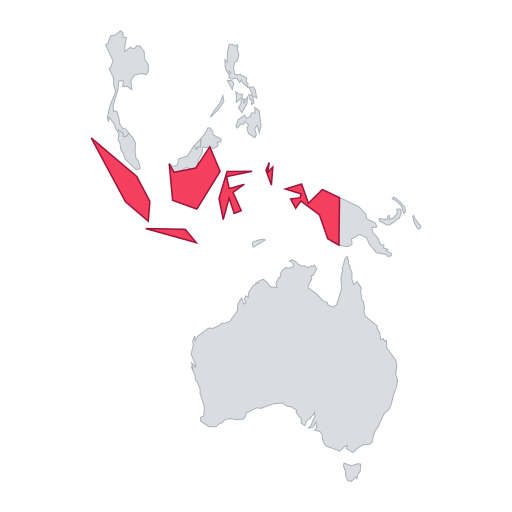 Indonesia shown with its bordering countries
{"feature_id": "IDN", "entity_name": "Indonesia", "entity_type": "country or territory", "adm_level": 0, "iso_a3": "IDN", "parent_name": "Asia", "parent_adm1": "", "projection": "equal_earth", "projection_center": [119.503, -2.501], "detail": "coarse", "context": "with_neighbors", "style": "filled", "palette": "rose", "viewbox_px": 512, "rotation_deg": 0, "n_neighbors": 7, "source": "natural_earth", "source_scale": "50m", "svg_char_len": 6665}
<svg xmlns="http://www.w3.org/2000/svg" viewBox="0 0 512 512"><path d="M339.7,197.6L359.1,206.9L365.8,214.3L366.5,218.6L375.5,223.1L376.7,227.0L371.7,227.8L372.8,232.6L377.5,237.4L380.8,245.1L383.9,244.9L383.6,248.1L387.8,249.3L386.1,250.7L391.7,253.8L391.0,255.9L387.5,256.4L386.2,254.5L376.2,252.6L369.2,243.9L366.5,237.6L359.5,234.4L351.5,238.9L352.1,244.2L347.8,246.7L339.2,245.2L339.7,197.6ZM400.7,202.3L404.9,207.7L405.5,211.5L403.7,213.5L401.6,206.3L396.1,200.8L392.2,198.7L393.7,196.9L400.7,202.3ZM395.3,221.3L389.5,224.8L386.6,224.8L379.2,220.6L379.6,218.4L384.5,219.5L387.5,218.9L388.3,215.4L389.1,215.2L389.6,219.1L392.7,218.5L397.3,213.4L396.8,209.1L400.1,209.0L401.1,210.2L401.0,214.2L399.1,218.7L396.2,219.3L395.3,221.3ZM414.2,217.7L420.8,226.4L420.0,228.5L418.4,229.2L416.2,226.4L413.9,221.8L412.8,216.2L413.6,215.5L414.2,217.7Z" fill="#d9dde1" stroke="#a8b0b8" stroke-width="1"/><path d="M252.4,243.6L253.1,241.9L257.7,240.2L263.2,239.1L265.2,240.0L253.1,247.2L252.4,243.6Z" fill="#d9dde1" stroke="#a8b0b8" stroke-width="1"/><path d="M146.4,74.6L141.4,73.6L134.4,75.0L130.8,81.0L131.9,89.7L127.2,86.4L122.6,86.5L123.5,80.8L118.8,80.9L118.1,88.8L113.1,105.8L113.3,111.1L116.8,111.3L118.9,117.9L119.8,124.3L122.7,128.4L126.0,129.3L128.8,133.1L127.0,136.1L123.4,136.9L123.0,133.2L118.6,130.0L117.6,131.3L115.5,128.5L114.7,124.9L109.3,117.3L108.3,121.6L107.4,117.5L109.8,106.0L115.7,91.8L113.8,85.2L113.5,77.8L109.0,68.5L110.8,67.2L113.0,60.9L105.6,44.7L107.9,43.4L110.6,35.7L114.4,35.4L120.7,30.7L122.9,32.9L123.0,37.2L126.5,37.5L125.0,45.0L124.8,51.4L130.6,47.1L132.1,48.4L135.3,48.2L136.4,45.7L140.4,46.2L144.3,52.0L144.4,59.0L148.6,65.3L148.2,71.4L146.4,74.6Z" fill="#d9dde1" stroke="#a8b0b8" stroke-width="1"/><path d="M358.0,463.7L360.8,464.2L360.1,471.6L358.1,473.7L356.9,478.7L355.5,477.0L351.6,481.3L347.8,480.8L345.6,475.5L345.5,471.4L343.5,466.0L344.0,463.1L351.4,465.8L358.0,463.7ZM256.3,407.9L246.5,412.8L245.5,416.3L243.6,419.0L236.2,419.8L231.9,418.6L224.8,419.6L221.9,423.1L220.4,422.8L215.6,426.8L208.6,426.5L200.6,421.1L200.6,417.3L203.1,416.4L203.9,414.8L204.3,407.8L203.6,403.8L200.0,393.2L200.1,389.3L197.9,382.9L195.6,380.1L194.8,374.8L191.0,366.3L193.3,369.3L191.5,362.9L194.1,364.9L195.7,367.6L195.5,364.1L191.1,354.3L193.3,345.1L192.7,341.0L194.8,335.9L195.2,341.3L197.4,336.4L208.2,328.5L210.6,327.9L212.0,328.8L219.4,325.4L221.6,323.2L224.5,323.3L230.0,321.3L237.4,310.7L237.8,304.0L241.6,297.9L243.8,304.1L246.1,302.6L244.2,299.2L245.9,295.8L248.2,297.3L248.9,291.9L253.2,285.5L255.9,284.3L256.0,282.3L258.3,283.1L258.5,281.3L263.4,279.3L267.3,282.6L270.3,286.8L277.0,287.6L275.9,283.6L278.6,277.8L281.0,276.0L280.2,274.1L282.6,270.0L285.9,267.5L288.7,268.3L293.2,267.0L293.2,263.3L289.3,260.9L292.1,259.8L295.7,261.6L298.5,264.6L303.0,266.4L304.5,265.7L307.8,267.9L311.0,265.9L313.0,266.5L314.3,265.1L316.7,268.7L313.1,275.5L311.2,275.7L311.8,278.6L308.1,285.7L308.4,287.8L316.6,294.0L323.0,300.8L327.2,302.6L327.9,304.8L332.9,307.2L336.5,304.8L338.9,297.8L341.6,288.1L340.9,278.4L341.8,273.0L342.9,271.5L342.1,269.1L344.9,259.2L347.0,256.5L348.4,260.0L348.6,264.6L349.9,265.5L350.1,268.5L351.9,272.2L351.9,278.9L353.6,284.5L357.1,281.8L361.2,287.7L360.6,290.9L361.4,297.0L362.1,300.6L363.4,301.5L364.5,307.6L363.8,311.3L365.2,316.1L377.6,326.3L376.8,328.0L379.5,332.4L381.0,340.0L383.2,338.5L385.1,341.5L386.5,340.5L386.8,347.9L395.9,360.5L396.8,366.0L395.7,374.2L397.6,380.1L396.6,386.1L393.3,395.3L391.4,404.0L388.4,410.1L384.3,413.4L377.6,427.5L375.2,430.8L373.4,435.6L372.1,442.2L369.0,444.4L363.5,444.6L358.7,447.3L352.9,452.5L346.3,448.6L347.5,445.2L344.7,446.4L339.9,451.1L326.0,446.0L323.2,442.0L321.8,433.8L319.6,431.2L314.9,430.4L316.8,427.2L316.0,422.3L313.2,426.9L308.7,428.1L311.6,424.4L312.6,420.6L314.7,417.4L314.7,412.5L310.2,418.1L307.0,420.4L304.7,425.6L301.0,422.9L301.4,419.4L296.0,412.1L297.1,410.6L290.8,406.5L287.3,406.3L282.6,403.1L273.5,403.7L261.1,408.3L256.3,407.9Z" fill="#d9dde1" stroke="#a8b0b8" stroke-width="1"/><path d="M232.3,89.6L227.3,80.4L231.9,80.7L233.8,83.3L232.3,89.6ZM238.4,107.6L240.9,103.6L241.4,99.1L244.4,98.7L243.6,103.6L247.5,96.6L247.0,103.5L241.8,112.7L238.4,107.6ZM259.2,110.7L261.0,126.0L259.2,132.7L257.2,125.2L254.6,128.9L256.4,134.3L254.9,137.7L248.5,133.5L246.9,128.2L248.6,124.8L245.1,121.3L243.4,124.3L240.9,124.1L236.9,128.1L236.0,126.0L238.1,119.8L244.4,115.1L246.4,118.3L250.5,116.4L251.3,113.1L255.1,112.9L254.8,107.3L259.2,110.7ZM217.5,110.5L210.3,117.4L213.0,112.3L220.1,102.8L222.9,95.6L223.9,101.5L217.5,110.5ZM237.9,46.3L237.1,49.3L238.9,54.4L237.5,60.3L234.4,62.7L233.6,68.5L234.8,74.2L237.6,75.0L240.0,74.2L246.7,78.2L246.2,82.1L248.0,83.8L247.5,87.2L243.3,83.6L241.3,79.8L239.9,82.5L236.5,78.1L231.6,79.2L228.9,77.6L229.2,74.6L230.9,72.8L229.3,71.1L228.6,73.7L225.9,69.6L225.1,66.5L224.9,59.6L227.1,62.0L227.6,50.8L229.3,44.3L232.5,44.3L235.8,46.3L237.4,44.5L237.9,46.3ZM236.5,95.3L235.7,91.8L238.9,94.1L242.4,94.1L242.3,97.1L236.4,102.3L236.5,95.3ZM255.2,89.9L256.7,98.0L252.6,96.0L254.0,102.9L251.5,104.6L251.2,99.5L249.6,99.1L248.7,94.7L251.9,95.3L251.8,92.5L248.5,87.0L253.6,87.2L255.2,89.9Z" fill="#d9dde1" stroke="#a8b0b8" stroke-width="1"/><path d="M117.6,131.3L118.6,130.0L123.0,133.2L123.4,136.9L127.0,136.1L128.8,133.1L133.2,138.2L135.4,143.1L135.1,151.3L136.0,158.2L137.9,160.2L140.0,166.6L139.9,169.1L136.0,169.6L124.5,158.4L123.9,154.6L120.8,149.8L120.1,143.7L118.1,139.7L118.8,134.4L117.6,131.3ZM214.1,148.3L203.1,147.1L201.2,155.4L199.1,157.9L196.4,168.1L191.9,169.7L186.8,167.6L184.2,168.3L181.0,172.0L177.5,171.4L174.0,172.9L170.3,168.8L169.4,163.9L173.4,166.4L177.6,165.0L178.7,158.8L187.5,155.9L194.1,145.5L196.6,149.3L197.7,146.8L200.3,147.0L200.9,138.7L205.1,133.6L207.8,127.9L210.0,127.9L212.8,131.6L213.1,134.8L221.1,139.0L220.8,141.9L217.1,142.2L218.1,145.8L214.1,148.3Z" fill="#d9dde1" stroke="#a8b0b8" stroke-width="1"/><path d="M200.9,138.7L200.3,147.0L197.7,146.8L196.6,149.3L194.1,145.5L200.9,138.7Z" fill="#d9dde1" stroke="#a8b0b8" stroke-width="1"/><path d="M169.2,163.7L174.0,172.3L195.8,168.0L209.8,146.8L220.1,171.4L196.8,209.1L172.6,200.3L169.2,163.7ZM91.2,137.9L136.8,176.5L149.8,201.3L148.3,221.2L125.5,201.8L91.2,137.9ZM339.5,197.7L338.9,245.2L327.8,238.8L319.4,214.8L300.8,201.0L295.7,208.3L290.6,199.0L300.0,197.8L301.2,194.0L285.4,189.0L301.6,184.0L308.4,203.3L322.4,189.5L339.5,197.7ZM252.2,171.3L226.6,176.6L229.2,188.6L244.3,184.3L233.0,192.3L241.2,210.7L234.2,213.4L229.1,198.1L223.2,219.6L219.0,198.5L227.1,171.5L252.2,171.3ZM145.7,228.6L185.2,229.3L196.3,242.7L145.7,228.6ZM267.6,172.4L272.8,167.1L271.4,185.1L266.0,170.2L269.3,162.5L267.6,172.4Z" fill="#f43f5e" stroke="#9f1239" stroke-width="1.5"/></svg>